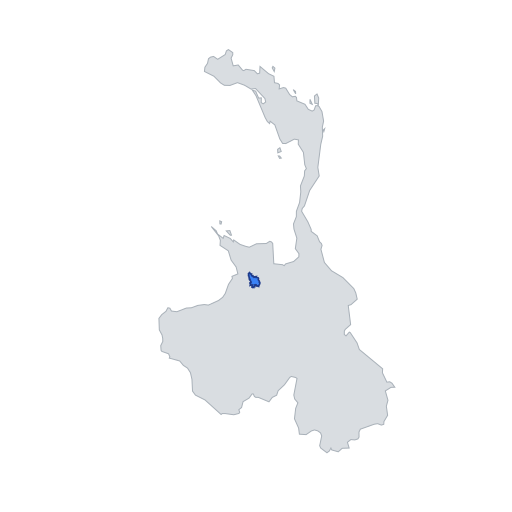 location of Kabin Buri, Prachin Buri, Thailand, rotated 169°
{"feature_id": "78962969B13244714899487", "entity_name": "Kabin Buri", "entity_type": "district", "adm_level": 2, "iso_a3": "THA", "parent_name": "Thailand", "parent_adm1": "Prachin Buri", "projection": "orthographic", "projection_center": [101.817, 13.854], "detail": "fine", "context": "in_parent", "style": "filled", "palette": "blue", "viewbox_px": 512, "rotation_deg": 169, "n_neighbors": 0, "source": "geoboundaries", "source_scale": "gbopen_adm2", "svg_char_len": 6950}
<svg xmlns="http://www.w3.org/2000/svg" viewBox="0 0 512 512"><g transform="rotate(169 256 256)"><path d="M218.7,51.2L219.1,53.2L221.2,50.6L223.9,49.3L229.1,55.1L229.7,57.6L225.8,66.9L226.4,70.1L228.8,72.6L231.8,74.1L235.0,73.7L240.9,71.1L247.4,72.8L247.0,79.0L249.3,88.9L246.1,98.9L242.9,103.9L245.3,108.3L245.4,112.3L239.1,128.0L240.3,129.2L244.3,131.0L246.0,130.4L252.6,124.2L260.0,119.5L262.3,115.4L267.0,114.1L271.1,110.4L280.7,116.8L283.2,117.3L284.4,118.4L284.9,121.0L286.1,121.4L290.0,117.8L296.5,115.5L299.1,110.0L302.2,108.4L301.8,105.7L302.8,104.7L308.1,104.4L316.3,107.2L319.2,107.8L320.5,107.1L333.5,124.4L342.0,131.0L344.1,135.5L342.4,147.2L342.6,153.9L344.6,159.0L348.2,162.5L350.9,167.5L360.6,172.3L359.8,173.5L360.5,176.7L366.6,180.3L367.2,181.5L366.6,186.2L363.8,189.9L363.3,192.8L363.3,196.4L365.0,201.9L363.2,213.3L359.6,216.5L354.9,218.9L352.4,222.0L350.5,221.2L349.5,218.1L344.3,216.4L334.3,218.2L329.3,217.5L322.6,218.6L316.0,218.2L312.1,216.9L301.2,219.5L296.6,221.8L293.3,225.1L288.4,233.4L283.4,238.5L283.5,240.6L277.2,241.9L277.6,249.0L281.2,256.7L282.2,266.4L289.3,273.3L288.0,278.1L288.8,282.8L294.3,293.5L290.3,288.4L289.5,284.9L284.9,279.6L283.4,282.2L278.0,278.2L275.6,274.2L274.8,276.0L269.4,270.4L264.0,267.3L260.9,265.9L253.2,267.9L243.5,266.3L239.7,267.8L238.2,266.9L237.2,265.2L240.0,245.0L231.6,242.4L230.2,241.1L228.4,242.6L220.1,243.4L214.1,247.0L213.4,250.1L216.0,255.7L212.5,265.7L213.6,275.2L213.1,280.3L208.9,286.9L207.8,292.2L203.0,300.2L199.8,310.4L199.0,316.3L193.3,325.3L192.0,330.3L189.9,332.2L190.7,336.3L189.7,348.7L193.2,357.7L192.2,361.9L196.1,363.4L205.3,360.7L208.4,361.4L210.3,366.4L212.5,381.1L216.4,385.6L217.4,383.4L219.2,385.8L220.6,390.1L225.4,413.3L227.9,419.4L224.9,417.9L223.3,410.5L220.6,410.2L221.6,405.6L219.9,404.0L217.1,405.3L217.2,408.9L224.5,420.5L229.0,420.8L234.8,425.9L241.1,429.7L249.0,428.4L254.5,429.6L257.8,432.7L263.0,440.5L271.4,447.0L270.1,451.1L266.8,454.4L265.0,458.7L262.7,459.9L259.6,460.0L256.1,456.4L247.8,459.6L245.9,463.0L243.7,463.9L240.0,460.1L240.4,458.0L242.7,455.0L242.1,447.0L237.0,446.9L233.7,440.9L232.6,440.3L230.2,441.2L222.3,438.3L219.9,434.6L217.5,434.8L215.9,441.3L208.9,432.6L204.1,429.0L204.8,422.6L201.5,421.2L200.2,419.4L201.4,415.6L196.9,416.1L194.8,415.1L192.2,408.1L189.9,405.3L187.0,405.3L186.0,403.9L186.3,400.5L179.0,395.6L176.7,390.0L173.2,387.5L171.0,388.3L168.8,392.1L167.1,391.9L165.6,390.8L163.7,385.2L163.9,375.5L166.3,369.9L167.7,360.9L171.1,353.3L178.4,331.2L178.7,322.5L190.8,310.1L198.9,295.9L201.5,293.9L202.7,291.2L198.6,279.7L196.8,271.7L197.1,269.6L192.1,264.1L190.9,257.9L189.5,255.9L189.1,253.8L191.0,250.2L190.1,236.6L184.7,227.1L174.8,218.2L166.2,205.3L165.1,200.7L164.9,194.3L172.1,190.1L174.9,189.8L176.2,170.6L182.3,167.0L183.6,165.5L184.3,162.2L182.9,160.4L178.9,163.5L178.1,162.8L173.4,151.4L172.4,144.5L153.2,121.1L154.2,117.2L151.6,107.2L148.7,107.0L146.8,105.2L144.8,100.7L148.6,101.3L154.8,98.9L154.0,89.2L156.7,83.7L157.2,74.5L162.0,69.1L162.7,66.4L165.2,66.1L168.6,68.2L172.1,68.3L186.6,66.1L188.5,63.6L189.4,58.6L190.9,57.0L194.1,56.6L197.9,57.7L201.8,55.7L201.2,49.7L208.1,50.8L212.6,48.1L218.7,51.2ZM169.1,394.7L168.1,401.9L165.2,403.4L164.3,399.1L166.0,392.4L166.8,394.0L169.1,394.7ZM214.9,353.1L214.4,356.6L211.9,357.7L211.3,353.8L214.9,353.1ZM277.3,281.3L280.4,286.3L276.8,285.9L276.1,281.1L277.3,281.3ZM203.2,438.9L201.6,436.8L202.9,433.6L204.2,437.6L203.2,438.9ZM173.9,395.6L173.1,399.5L171.8,394.1L173.9,395.6ZM215.0,350.0L213.7,349.6L212.5,347.3L214.2,347.3L215.0,350.0ZM186.1,407.6L187.7,412.2L185.8,410.0L186.1,407.6ZM285.3,294.4L284.8,297.4L283.2,296.2L284.2,294.0L285.3,294.4ZM166.0,366.8L164.3,367.9L165.7,365.1L166.0,366.8Z" fill="#d9dde1" stroke="#a8b0b8" stroke-width="1"/><path d="M267.4,228.3L267.1,228.4L266.9,228.3L266.3,228.4L266.2,228.4L265.9,228.5L265.6,228.5L265.3,228.6L264.7,228.7L264.9,228.6L265.0,228.5L265.4,228.4L265.3,228.2L265.3,227.9L265.2,227.9L265.3,227.8L265.4,227.7L265.5,227.6L265.6,227.4L265.5,227.2L265.6,226.9L265.8,226.7L265.9,226.4L266.0,226.2L265.2,225.6L265.0,225.8L264.9,225.8L264.7,225.8L264.8,226.0L264.7,226.0L264.8,226.1L264.7,226.1L264.5,225.9L264.5,226.0L264.4,226.1L264.1,226.0L263.7,226.5L263.6,226.4L263.6,226.2L263.4,226.3L263.2,226.2L263.2,226.4L263.1,226.5L263.0,226.8L262.9,226.8L262.8,227.0L262.7,227.2L262.8,227.3L262.5,227.6L262.4,227.6L262.2,227.7L262.1,227.8L261.9,227.9L262.0,228.0L261.9,228.0L261.6,227.9L261.7,227.7L261.4,227.5L261.5,227.3L261.5,227.2L261.8,227.1L261.5,226.9L261.5,226.7L261.4,226.5L261.2,226.6L260.9,226.7L260.7,226.4L260.4,226.3L260.3,226.1L260.1,226.2L259.9,226.2L259.8,226.3L259.6,226.1L259.4,226.0L259.4,225.9L259.3,225.7L259.2,225.6L259.1,225.9L259.0,226.0L258.9,226.2L258.9,226.3L258.7,226.4L258.7,226.5L258.6,226.9L258.4,227.0L258.2,227.2L258.1,227.4L257.9,227.5L257.7,227.9L257.6,228.1L257.5,228.3L257.4,228.4L257.4,228.5L257.5,228.7L257.4,228.9L257.4,229.0L257.5,229.0L257.5,229.3L257.4,229.4L257.7,229.6L257.8,229.6L257.8,229.8L257.7,229.9L257.4,229.8L257.5,229.9L257.6,230.1L257.5,230.3L257.5,230.7L257.5,230.8L257.6,231.0L257.8,231.2L257.8,231.3L257.9,231.5L258.1,231.6L258.2,231.8L258.2,232.0L258.3,232.2L258.2,232.3L258.1,232.6L258.2,232.8L258.1,233.0L257.9,233.2L257.9,233.3L257.8,233.5L257.9,233.9L258.0,233.9L258.0,234.0L258.2,234.3L258.3,234.4L258.5,234.5L259.1,234.7L259.4,234.7L259.7,234.8L259.9,235.0L260.1,235.0L260.1,235.3L260.0,235.7L259.9,235.8L260.0,235.8L260.3,235.8L260.7,235.9L261.0,235.9L261.1,235.6L261.3,235.5L261.9,235.4L261.9,235.5L262.1,235.5L262.2,235.8L262.0,236.0L262.4,236.2L262.5,236.3L262.7,236.5L262.8,236.5L262.7,236.7L262.7,236.9L262.8,236.9L262.8,237.0L262.8,237.3L263.0,237.3L263.3,237.5L263.3,237.4L263.5,237.4L263.8,237.3L263.9,237.6L264.0,237.6L264.1,237.8L264.1,238.0L264.0,238.3L264.0,238.5L263.9,238.9L264.0,239.0L263.9,239.2L264.6,239.2L264.7,239.3L264.8,239.4L264.8,239.7L264.9,239.8L264.9,240.0L265.0,240.2L265.2,240.3L265.3,240.3L265.4,240.8L265.5,240.7L265.8,240.7L266.1,240.6L266.0,240.3L266.0,240.1L266.3,240.0L266.7,240.0L266.7,239.9L266.9,239.8L266.9,239.7L266.7,239.5L266.7,239.4L266.8,239.2L266.8,238.9L266.9,238.7L267.0,238.7L267.1,238.4L267.0,238.2L266.9,238.1L267.0,238.0L266.9,237.9L267.0,237.8L266.9,237.7L266.9,237.4L266.8,237.2L266.8,236.9L266.8,237.0L266.8,236.9L266.8,236.7L266.9,236.4L266.7,236.3L266.8,236.1L266.9,235.9L266.9,235.5L267.0,235.1L266.9,234.9L267.0,234.6L267.0,234.4L266.9,234.4L266.6,234.2L266.4,234.2L266.5,234.0L266.3,233.7L266.4,233.4L266.4,233.2L266.5,233.1L266.4,233.0L266.3,232.9L266.2,232.7L265.9,232.3L265.9,232.1L266.0,232.1L266.1,231.9L266.1,231.7L265.9,231.6L265.9,231.4L266.0,231.2L265.9,231.1L266.0,231.0L266.0,230.9L266.1,230.7L266.3,230.8L266.4,230.7L266.5,230.7L266.4,230.8L266.5,230.8L266.8,230.8L267.1,230.8L267.1,230.7L266.8,230.3L266.8,230.2L266.7,230.1L266.8,230.0L266.9,229.9L266.9,229.7L267.0,229.3L267.0,229.2L267.1,228.7L267.3,228.6L267.4,228.3Z" fill="#3b82f6" stroke="#1e3a8a" stroke-width="1.5"/></g></svg>